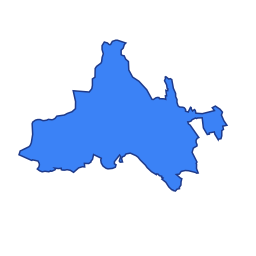 the district of Carlow Lea-7, Carlow, Ireland, rotated 25°
{"feature_id": "5873133B49983124461260", "entity_name": "Carlow Lea-7", "entity_type": "district", "adm_level": 2, "iso_a3": "IRL", "parent_name": "Ireland", "parent_adm1": "Carlow", "projection": "equal_earth", "projection_center": [-6.883, 52.832], "detail": "fine", "context": "isolated", "style": "filled", "palette": "blue", "viewbox_px": 256, "rotation_deg": 25, "n_neighbors": 0, "source": "geoboundaries", "source_scale": "gbopen_adm2", "svg_char_len": 2843}
<svg xmlns="http://www.w3.org/2000/svg" viewBox="0 0 256 256"><g transform="rotate(25 128 128)"><path d="M40.8,160.0L39.2,162.8L39.3,164.6L44.3,174.1L46.6,182.2L46.7,185.3L46.1,186.9L40.0,194.4L40.5,198.3L53.7,198.1L54.6,198.0L54.9,197.2L60.4,196.0L62.5,197.6L63.3,198.9L63.7,200.9L63.1,203.5L66.0,204.1L68.7,204.0L71.0,202.3L74.8,201.1L76.0,199.5L76.4,199.8L77.4,199.2L79.5,196.7L79.6,195.5L78.7,195.3L82.0,194.2L84.5,192.7L85.2,194.0L86.2,193.9L88.5,192.9L90.4,191.5L93.6,190.7L97.4,191.2L100.1,185.0L103.1,182.3L105.2,181.6L103.4,178.5L107.4,176.8L108.8,174.5L108.5,173.5L109.1,171.5L108.0,166.6L116.6,166.7L116.8,168.5L118.5,171.0L121.3,173.0L122.5,173.3L125.2,173.8L127.1,173.5L131.0,171.2L133.1,168.9L132.7,166.4L130.8,166.2L129.9,164.3L131.8,156.0L133.4,157.0L134.0,161.6L135.3,162.3L137.4,161.1L135.0,158.3L135.2,156.4L136.6,154.9L137.2,152.3L140.7,149.8L146.8,149.7L149.4,150.2L152.6,151.8L159.5,154.3L162.1,155.8L167.8,157.7L173.4,158.3L173.3,157.6L174.6,157.1L176.6,157.9L179.0,157.5L179.2,158.4L180.9,158.5L180.3,160.0L185.2,161.2L190.0,164.2L193.8,165.5L194.7,165.1L195.3,165.6L197.6,165.1L198.3,162.7L200.3,161.2L199.6,160.2L200.1,157.4L198.8,154.3L198.2,151.2L196.8,151.3L191.5,149.7L194.0,148.1L194.6,144.8L197.9,142.3L201.0,141.1L207.8,139.8L209.4,139.9L210.6,139.1L207.2,135.8L205.5,131.9L204.7,131.2L204.9,129.7L196.4,123.0L195.7,118.6L198.1,115.1L197.6,113.9L195.9,112.4L194.9,110.4L195.1,108.1L196.2,106.7L183.0,99.1L181.1,98.8L179.6,97.2L181.1,96.3L182.3,94.9L182.5,93.5L184.9,90.5L186.2,90.4L186.7,89.6L190.9,87.4L196.3,96.1L202.6,100.4L204.3,99.2L203.7,98.3L204.1,97.8L207.9,95.1L209.3,96.9L214.7,100.5L214.6,100.0L216.8,98.4L216.3,95.5L214.1,90.7L215.1,88.9L213.1,86.3L216.5,83.7L211.8,80.9L207.2,76.8L206.9,73.7L203.5,72.1L197.9,71.2L195.8,74.0L199.0,75.7L189.3,83.6L183.3,85.9L181.5,83.6L180.4,83.2L179.3,85.3L177.2,83.9L176.6,82.8L175.9,82.8L175.8,88.1L173.0,88.4L172.3,86.8L170.5,85.9L169.0,86.0L165.9,87.2L163.9,86.7L161.4,83.9L160.4,81.5L158.0,79.5L156.5,76.5L152.3,72.8L147.2,65.6L145.5,65.4L144.3,66.4L140.6,65.5L140.2,66.1L141.0,67.3L141.1,69.7L144.8,72.6L146.7,75.5L147.7,75.7L148.2,77.4L146.4,77.8L149.4,82.5L148.3,83.0L150.1,86.1L148.4,86.3L144.1,88.1L143.2,87.3L141.7,87.9L140.5,88.9L139.0,91.4L137.6,91.9L128.8,85.4L118.1,81.0L110.6,79.9L104.2,75.1L100.3,67.6L96.8,66.6L94.0,64.2L92.4,64.6L90.8,64.4L88.9,60.4L89.9,57.6L89.4,53.9L90.1,51.9L81.4,52.9L79.8,53.6L77.2,56.1L76.9,59.7L76.3,60.2L75.3,60.3L73.5,59.6L70.2,60.1L69.7,64.3L71.3,67.8L74.3,71.2L74.7,74.9L76.1,79.2L76.0,80.8L73.5,85.4L73.1,87.9L76.6,95.9L75.0,98.6L77.7,104.3L78.6,107.7L77.6,111.8L62.6,117.4L69.3,126.2L72.2,132.7L70.4,136.9L66.8,140.5L64.8,143.2L58.5,147.3L57.8,150.2L56.4,152.1L55.3,152.8L52.2,153.8L51.0,155.3L48.6,156.9L47.6,157.3L44.8,157.5L42.6,158.5L40.8,160.0Z" fill="#3b82f6" stroke="#1e3a8a" stroke-width="1.5"/></g></svg>